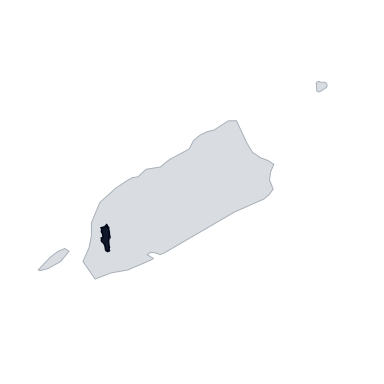 location of Las Piedras, Puerto Rico, rotated 148°
{"feature_id": "32010507B95664633284712", "entity_name": "Las Piedras", "entity_type": "district", "adm_level": 2, "iso_a3": "PRI", "parent_name": "Puerto Rico", "parent_adm1": "", "projection": "natural_earth1", "projection_center": [-65.874, 18.197], "detail": "fine", "context": "in_parent", "style": "filled", "palette": "ink", "viewbox_px": 384, "rotation_deg": 148, "n_neighbors": 0, "source": "geoboundaries", "source_scale": "gbopen_adm2", "svg_char_len": 2664}
<svg xmlns="http://www.w3.org/2000/svg" viewBox="0 0 384 384"><g transform="rotate(148 192 192)"><path d="M255.3,159.8L259.3,162.8L263.2,162.4L260.0,156.1L262.9,156.1L287.8,159.9L303.8,166.4L320.3,169.5L321.3,190.8L308.7,199.4L300.4,208.3L293.6,219.2L275.8,231.9L254.4,235.7L240.2,236.1L234.9,235.7L229.7,233.5L218.9,235.6L205.7,230.0L194.3,231.4L171.6,230.0L163.2,234.9L155.1,236.0L147.1,235.1L140.3,232.9L123.5,233.1L116.5,228.9L119.5,204.6L119.7,193.6L115.6,184.5L111.1,178.8L107.9,172.1L114.4,167.6L119.9,161.2L121.6,151.4L127.5,149.1L134.5,147.9L166.5,152.5L247.6,155.0L252.2,155.8L255.3,159.8ZM346.7,211.8L336.5,212.7L329.9,211.5L327.7,206.9L340.0,202.7L354.4,203.3L362.7,205.9L363.7,207.5L346.7,211.8ZM28.7,218.8L27.5,219.0L26.3,218.8L25.7,218.4L24.9,217.0L21.2,214.7L20.3,212.6L21.2,210.3L22.7,209.5L30.2,209.2L31.0,209.4L32.5,211.0L32.5,212.1L31.7,213.1L30.4,215.8L29.9,216.5L29.4,217.2L29.3,218.4L28.7,218.8Z" fill="#d9dde1" stroke="#a8b0b8" stroke-width="1"/><path d="M281.4,206.1L281.5,206.3L281.6,206.7L281.8,206.6L282.2,206.7L282.4,206.9L282.3,207.1L281.9,207.2L281.8,207.3L281.8,207.5L281.7,208.1L281.8,208.2L281.6,208.4L281.7,208.6L281.6,209.0L281.5,209.3L281.6,209.6L281.8,209.5L282.5,209.4L282.8,209.2L283.2,209.2L283.4,209.0L283.8,209.0L284.1,208.6L284.4,208.7L284.9,208.7L285.2,209.0L285.4,208.9L285.7,209.0L285.9,209.2L286.4,209.4L286.6,209.4L287.1,209.2L287.3,209.6L288.0,209.9L288.1,209.3L288.2,209.0L288.2,208.8L288.4,208.3L288.5,208.2L288.8,207.7L289.0,207.5L289.3,206.8L289.5,206.8L289.9,206.4L290.0,205.7L290.0,205.4L290.0,204.9L290.0,204.5L290.0,204.3L290.0,204.1L290.5,203.0L290.6,202.7L290.8,202.3L290.9,202.1L290.7,201.3L291.0,200.8L291.5,201.0L291.9,200.9L292.0,200.7L292.6,200.8L293.3,201.1L293.5,200.4L293.8,199.7L294.1,199.6L294.4,199.3L294.4,199.2L294.7,198.5L294.7,197.3L294.6,197.1L294.0,195.1L294.1,194.5L294.3,193.0L294.3,192.7L295.0,190.8L295.1,190.7L295.3,190.2L295.5,189.7L295.8,189.3L295.9,188.6L295.8,188.4L296.0,187.7L295.5,186.9L295.0,186.8L294.9,186.3L294.9,186.1L294.5,186.1L294.0,186.3L293.9,186.3L293.3,185.8L293.0,186.0L292.9,186.4L292.9,187.3L292.6,187.5L292.2,188.1L292.0,188.4L291.5,188.7L291.3,188.8L291.2,188.9L291.1,189.2L291.1,189.5L291.3,189.8L291.3,190.0L290.5,190.9L290.0,192.0L289.5,193.0L289.4,193.1L289.2,193.9L289.1,194.1L289.1,194.3L288.9,194.3L288.4,194.8L287.7,195.7L287.5,195.8L287.3,196.1L286.7,197.6L286.4,197.3L285.8,197.3L285.6,197.0L285.2,198.0L284.8,198.6L284.7,199.4L284.7,199.5L284.2,200.4L283.7,201.2L283.4,202.0L283.2,202.1L283.2,202.5L283.0,202.8L282.9,203.3L282.7,203.9L282.5,204.2L282.0,205.2L281.7,205.9L281.4,206.1Z" fill="#0f172a" stroke="#020617" stroke-width="1.5"/></g></svg>